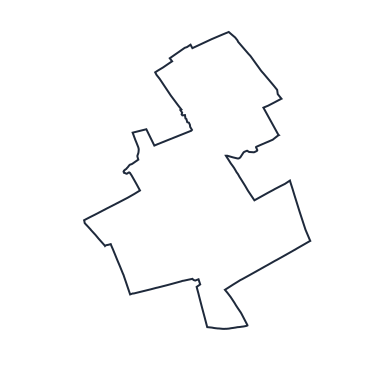 the district of Corni, Galati, Romania, rotated 344°
{"feature_id": "2599482B53256191678615", "entity_name": "Corni", "entity_type": "district", "adm_level": 2, "iso_a3": "ROU", "parent_name": "Romania", "parent_adm1": "Galati", "projection": "natural_earth1", "projection_center": [27.77, 45.857], "detail": "fine", "context": "isolated", "style": "outline", "palette": "slate", "viewbox_px": 384, "rotation_deg": 344, "n_neighbors": 0, "source": "geoboundaries", "source_scale": "gbopen_adm2", "svg_char_len": 3720}
<svg xmlns="http://www.w3.org/2000/svg" viewBox="0 0 384 384"><g transform="rotate(344 192 192)"><path d="M103.3,252.7L103.4,255.1L103.7,260.9L103.9,265.2L104.3,273.4L107.3,273.2L107.9,273.5L113.4,273.7L126.0,274.2L127.0,274.2L131.6,274.3L132.7,274.4L142.7,274.7L157.2,274.9L158.2,274.8L159.0,274.9L159.8,275.0L164.3,275.3L168.4,275.6L168.5,275.6L168.9,276.5L169.5,277.2L170.7,278.0L174.2,277.7L174.4,283.1L170.3,284.5L170.2,291.4L170.1,293.9L169.8,305.1L169.6,316.5L169.4,324.9L169.4,325.7L169.4,326.1L173.7,327.8L175.3,328.6L175.9,328.9L177.3,329.5L179.0,330.2L180.5,330.7L182.5,331.5L184.3,332.2L185.8,332.6L186.4,332.7L187.9,333.1L190.0,333.5L192.1,333.7L194.1,334.0L195.7,334.2L196.4,334.3L197.6,334.4L198.6,334.5L200.0,334.8L201.9,335.1L202.9,335.2L203.9,335.4L205.8,335.6L207.3,335.7L208.5,335.6L208.6,335.4L206.0,322.6L205.7,321.4L203.9,315.9L203.0,313.0L202.3,310.3L200.2,303.6L198.2,298.5L196.7,295.1L206.1,292.3L211.1,290.9L214.2,290.0L215.9,289.7L223.8,287.9L233.6,285.6L253.8,280.8L254.1,280.8L256.2,280.3L268.5,277.4L276.7,275.4L277.0,275.3L291.2,271.8L292.2,271.6L292.0,270.2L290.7,259.5L290.0,240.4L289.7,227.4L289.6,223.4L289.5,216.5L289.3,210.5L289.3,208.8L289.3,208.0L283.6,209.8L278.8,210.7L273.9,211.7L272.4,212.0L270.8,212.4L265.2,213.6L249.7,217.2L247.7,211.0L246.1,206.0L244.8,200.8L244.2,198.7L243.8,197.3L243.2,195.2L242.6,193.1L241.9,190.8L241.1,187.4L240.3,185.3L239.9,183.6L239.1,180.5L238.2,177.9L237.2,175.3L236.1,171.5L235.6,169.8L235.1,168.3L234.6,166.5L235.8,166.8L241.1,170.1L243.4,171.4L244.8,172.2L245.5,172.5L246.3,172.6L247.9,172.1L252.3,168.3L252.8,168.0L253.6,167.8L256.1,167.5L256.5,167.6L257.6,169.0L258.5,169.5L259.7,169.9L262.2,170.8L262.8,170.9L263.5,170.8L265.6,170.4L266.2,170.0L266.3,169.5L265.9,166.9L265.9,166.5L266.2,166.3L270.6,165.7L284.0,164.0L285.2,163.5L285.4,163.4L290.1,161.5L291.1,161.3L290.8,160.9L283.9,130.6L288.2,130.1L288.5,130.1L289.0,130.0L294.5,128.9L300.7,127.6L302.3,127.3L303.0,127.1L303.7,127.0L301.4,121.6L302.0,117.3L299.8,112.1L293.3,97.6L292.6,96.2L291.8,94.4L289.8,88.8L289.7,88.6L285.8,77.7L285.2,76.4L284.5,75.1L282.1,69.9L277.7,60.3L277.5,58.8L276.3,55.9L276.1,55.4L273.1,50.9L271.4,48.3L265.1,49.0L253.0,50.5L232.2,53.8L232.2,53.6L231.9,53.4L231.2,50.0L227.2,51.3L224.8,51.4L224.5,51.5L223.9,51.7L211.9,55.8L207.5,57.3L208.9,60.9L205.4,62.0L198.5,64.3L192.9,65.8L189.6,66.8L190.2,69.7L192.1,74.3L198.3,93.7L198.5,94.2L202.6,105.0L204.5,109.7L204.3,109.7L203.4,110.0L204.4,113.0L203.4,114.6L203.9,115.7L206.4,116.1L206.0,119.5L206.7,120.3L206.7,123.6L208.1,124.5L208.5,126.7L208.2,129.0L209.1,132.3L208.2,132.9L172.7,136.5L168.6,137.0L165.4,119.1L151.3,118.6L151.9,126.6L152.1,128.1L152.7,134.3L152.6,136.1L152.2,137.3L151.7,138.6L151.2,139.7L149.5,142.1L149.3,142.8L149.3,146.1L148.9,146.2L143.1,148.2L141.7,148.6L141.0,148.6L140.1,148.6L139.1,149.0L137.6,150.1L137.2,150.4L136.9,150.6L136.0,151.1L135.6,151.4L135.2,151.7L134.9,151.8L134.1,152.0L133.7,152.2L132.6,152.7L132.2,153.1L131.8,153.6L131.8,153.8L131.9,154.0L132.4,154.7L132.5,154.9L132.5,155.0L132.4,155.1L132.6,155.2L132.8,155.3L133.2,155.7L134.1,156.4L134.5,156.4L134.8,156.4L135.1,156.3L135.4,156.2L135.9,156.0L136.3,155.9L136.8,155.8L137.0,155.9L137.2,156.0L137.3,156.3L137.6,156.5L137.9,157.5L138.5,159.4L140.0,165.6L140.9,169.4L142.4,176.2L135.9,178.0L128.5,179.8L120.1,181.5L105.4,184.4L92.7,187.0L86.8,188.1L80.9,189.3L80.5,189.4L80.5,190.2L80.4,191.3L80.3,192.3L81.3,194.4L81.4,194.5L84.3,200.3L84.3,200.5L87.0,205.9L87.1,206.0L87.5,206.9L89.3,211.0L93.4,219.5L93.5,219.9L94.0,219.6L94.9,219.5L97.3,219.7L99.5,219.7L99.7,221.7L100.2,225.5L100.5,228.3L100.8,230.9L101.4,236.6L102.3,244.0L103.1,251.5L103.3,252.7Z" fill="none" stroke="#1e293b" stroke-width="2"/></g></svg>